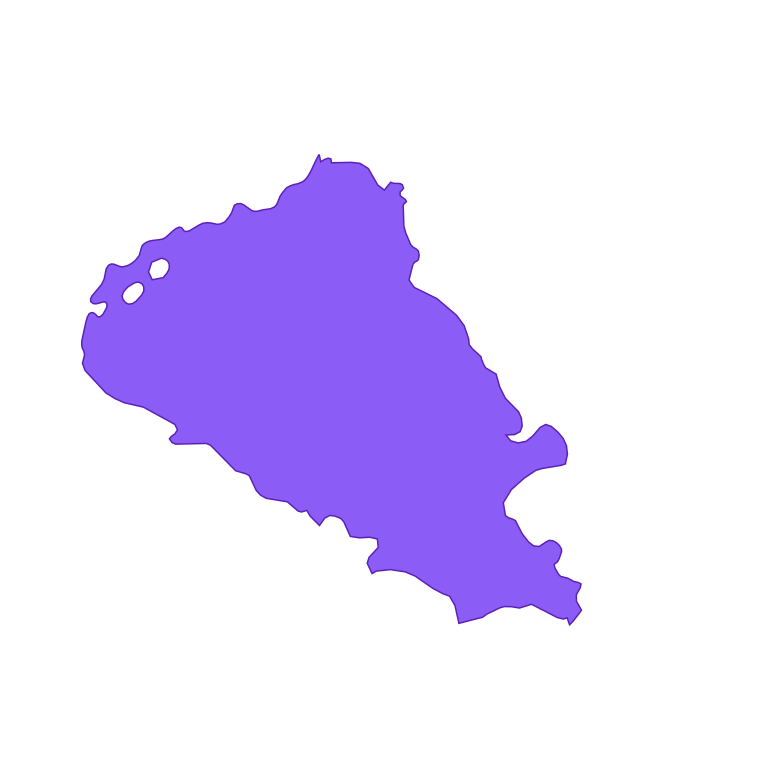 map outline of Pyrénées-Atlantiques (Equal Earth projection), rotated 216°
{"feature_id": "FRA-5336", "entity_name": "Pyrénées-Atlantiques", "entity_type": "Metropolitan department", "adm_level": 1, "iso_a3": "FRA", "parent_name": "France", "parent_adm1": "", "projection": "equal_earth", "projection_center": [-0.695, 43.182], "detail": "fine", "context": "isolated", "style": "filled", "palette": "violet", "viewbox_px": 768, "rotation_deg": 216, "n_neighbors": 0, "source": "natural_earth", "source_scale": "10m", "svg_char_len": 3718}
<svg xmlns="http://www.w3.org/2000/svg" viewBox="0 0 768 768"><g transform="rotate(216 384 384)"><path d="M107.1,338.1L106.4,336.5L105.5,334.7L104.5,326.5L100.5,321.3L91.3,317.1L91.3,311.9L91.6,303.1L92.3,298.3L93.2,298.8L93.4,299.0L98.3,302.4L100.7,299.3L106.6,296.9L135.2,292.5L142.7,282.4L149.9,278.8L155.9,274.6L158.7,271.0L165.7,258.0L167.1,253.3L170.0,249.9L182.7,234.4L196.5,246.6L206.2,250.9L213.3,248.9L224.2,247.4L246.0,246.9L256.4,244.5L269.7,237.6L280.3,228.1L282.2,223.6L292.2,229.1L294.2,235.0L292.6,248.4L298.3,254.7L305.5,251.6L313.6,245.0L321.7,240.9L335.5,248.9L340.1,249.8L346.0,248.3L350.6,245.8L353.1,240.7L353.0,231.6L366.1,233.7L372.2,236.4L372.3,236.1L375.6,231.9L379.0,230.7L392.9,231.9L412.0,222.3L418.4,221.5L424.6,222.7L439.2,230.7L442.5,230.3L453.1,226.6L488.4,232.5L492.9,231.4L517.2,212.9L521.0,212.0L525.4,213.5L525.3,216.5L523.9,220.6L524.1,225.5L529.5,228.4L565.2,223.8L583.1,216.2L593.0,214.1L603.7,213.3L633.7,219.2L640.1,223.5L643.4,231.6L645.9,233.9L649.4,235.9L651.8,238.3L653.8,241.2L661.7,259.1L663.4,264.0L663.8,267.6L662.7,269.8L660.4,270.9L657.7,270.7L655.1,270.1L653.1,271.5L652.3,275.3L653.4,283.5L655.6,286.2L658.2,286.4L660.4,284.2L662.2,281.7L664.2,279.5L666.6,278.1L669.8,278.4L671.4,280.4L672.0,283.2L671.0,298.8L672.1,304.5L676.4,313.8L676.7,317.9L675.3,320.7L672.9,322.2L666.8,323.8L664.5,325.0L662.3,327.4L660.5,330.0L658.9,333.6L657.8,337.7L657.5,344.0L660.4,351.9L660.9,353.8L660.6,356.1L659.7,358.6L658.2,361.2L655.8,363.9L650.4,368.9L648.1,371.4L646.7,374.6L644.7,384.1L643.5,387.8L641.9,390.5L639.7,391.5L635.6,390.3L633.8,391.0L631.5,393.5L627.0,404.0L624.9,407.7L622.0,410.4L619.2,412.3L612.7,415.2L610.4,417.4L608.0,421.7L607.6,428.0L607.9,432.6L610.1,440.7L608.6,443.7L605.7,445.9L602.4,446.5L593.1,446.6L590.4,447.5L588.1,449.2L584.3,453.8L579.0,458.9L576.8,462.5L576.3,465.5L576.8,468.5L578.4,474.6L578.6,478.7L578.2,485.2L576.5,489.0L574.1,492.4L571.5,495.3L569.1,498.9L568.0,502.0L567.7,504.9L567.7,507.7L568.3,513.4L570.4,524.1L571.5,531.4L571.6,531.5L570.8,531.1L565.8,526.6L564.1,530.7L561.9,533.9L559.3,534.9L556.5,532.1L541.0,543.9L533.2,548.4L523.4,549.1L506.0,541.3L497.7,541.1L497.2,551.1L494.3,552.0L488.9,555.6L486.4,556.0L483.3,554.0L483.3,551.5L483.8,548.8L481.9,546.2L480.5,545.8L475.2,545.8L473.1,544.8L473.2,543.3L473.8,541.4L473.3,539.6L460.8,523.5L455.1,518.9L444.0,512.3L440.7,511.8L437.6,512.2L434.4,511.8L431.1,508.7L429.3,504.9L429.7,502.6L430.8,500.7L430.9,497.8L429.6,494.5L424.9,482.8L416.2,479.9L391.4,484.2L365.7,482.2L353.4,478.3L342.1,470.3L338.2,465.9L332.9,464.4L321.7,463.1L319.3,461.1L314.0,457.9L311.2,456.8L299.1,457.9L288.6,449.6L277.5,443.8L258.8,440.6L252.8,437.1L247.4,431.1L245.9,425.4L248.6,419.9L255.3,414.4L248.1,412.5L240.8,415.2L235.3,421.2L233.0,429.6L232.2,440.6L229.4,446.3L223.9,448.0L215.1,447.3L207.2,445.3L200.1,441.3L194.3,435.0L190.3,425.9L192.9,422.3L206.3,408.7L210.4,403.4L215.3,390.1L218.9,373.4L217.7,358.1L208.5,349.0L204.6,348.9L201.1,350.1L197.5,350.8L184.1,344.0L174.1,341.2L167.7,341.0L162.9,343.8L160.3,350.9L158.5,354.6L155.0,356.5L150.9,357.0L147.4,356.5L143.5,354.8L141.9,352.9L139.6,345.7L139.1,342.0L140.0,339.5L140.1,337.5L136.9,335.3L130.8,332.6L127.9,332.2L121.3,334.9L114.4,335.8L110.6,337.5L107.1,338.1ZM631.4,356.3L634.8,356.2L638.0,354.9L643.5,346.0L640.3,336.2L632.8,332.1L625.2,340.2L624.8,346.1L625.1,349.1L626.0,351.8L628.4,354.9L631.4,356.3ZM638.1,322.7L641.3,322.5L642.5,322.0L643.6,321.2L644.6,320.1L645.5,318.7L648.0,312.8L648.6,309.5L648.8,306.1L648.5,303.8L647.7,301.8L646.5,300.2L644.9,299.0L641.1,298.0L639.1,298.1L637.3,298.7L634.7,301.2L633.2,305.2L632.3,313.9L633.1,318.2L635.3,321.2L638.1,322.7Z" fill="#8b5cf6" stroke="#5b21b6" stroke-width="1.5"/></g></svg>